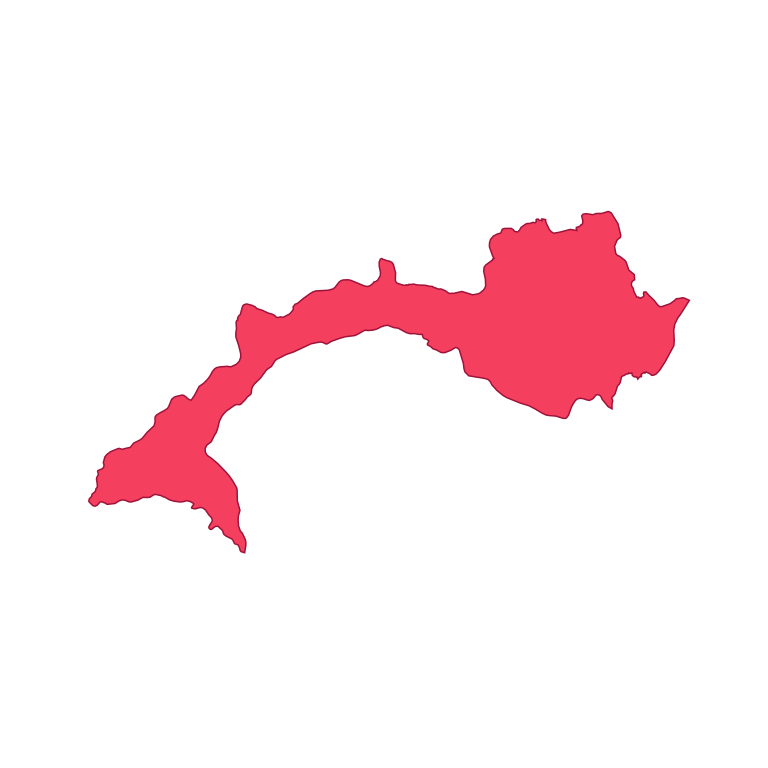 outline of Samakkhixay, Attapu, Laos, rotated 253°
{"feature_id": "54806243B43927962205569", "entity_name": "Samakkhixay", "entity_type": "district", "adm_level": 2, "iso_a3": "LAO", "parent_name": "Laos", "parent_adm1": "Attapu", "projection": "albers", "projection_center": [106.794, 14.975], "detail": "fine", "context": "isolated", "style": "filled", "palette": "rose", "viewbox_px": 768, "rotation_deg": 253, "n_neighbors": 0, "source": "geoboundaries", "source_scale": "gbopen_adm2", "svg_char_len": 6139}
<svg xmlns="http://www.w3.org/2000/svg" viewBox="0 0 768 768"><g transform="rotate(253 384 384)"><path d="M263.4,201.4L270.1,204.7L272.9,205.6L275.6,205.9L282.6,204.9L285.5,203.6L290.7,203.4L296.2,204.6L300.1,206.0L305.3,209.3L315.2,209.6L325.8,212.6L328.1,212.7L335.6,211.0L341.2,209.2L346.2,207.0L356.7,201.6L363.8,197.0L367.1,194.3L369.3,193.5L371.6,193.3L374.6,194.1L377.5,196.9L379.0,201.3L379.5,202.1L384.8,207.1L386.3,209.0L389.0,211.2L396.5,215.7L400.4,219.3L402.7,222.6L404.2,225.3L407.4,235.0L407.4,237.1L406.4,240.0L406.7,241.5L409.6,246.8L411.6,249.6L413.0,253.3L414.3,254.5L417.6,255.8L419.7,257.3L421.8,259.9L425.9,267.8L431.3,275.0L432.3,276.9L433.7,281.5L438.1,286.6L439.0,288.7L440.8,299.1L441.1,307.1L443.8,326.1L442.9,334.8L442.0,337.2L439.2,340.3L439.0,341.3L440.2,346.2L440.6,354.9L440.5,360.8L438.9,370.0L439.2,373.2L440.8,379.9L440.9,381.9L439.8,384.4L438.7,389.6L438.7,393.7L439.5,397.8L439.6,401.5L439.1,404.7L435.1,409.8L433.3,413.8L426.6,420.4L424.5,423.6L423.0,428.6L421.3,431.7L420.2,435.1L417.1,435.0L415.7,435.7L414.1,438.1L412.0,439.5L409.6,437.1L408.6,437.1L406.2,439.5L403.3,441.2L401.3,444.0L397.3,448.0L396.2,451.3L396.7,457.8L398.0,463.0L397.2,464.4L395.9,465.5L394.4,466.0L380.5,465.9L374.7,464.9L371.7,465.0L367.0,467.5L360.5,480.8L358.3,484.4L356.7,485.6L354.7,486.4L351.7,486.9L345.0,490.0L338.1,494.6L335.0,497.5L325.8,508.9L320.9,516.2L316.0,521.2L310.4,526.2L307.1,529.7L305.5,532.8L303.0,539.1L298.7,545.4L298.0,547.6L298.3,548.8L300.3,551.4L307.5,556.8L310.6,560.1L312.5,562.6L313.2,565.0L313.1,567.1L311.7,570.3L309.3,573.6L308.2,575.8L308.9,579.6L311.5,583.7L311.4,585.0L310.5,586.6L309.0,587.7L305.4,588.2L296.8,591.7L293.6,594.8L298.3,596.2L301.0,597.8L304.3,597.7L306.4,601.3L307.5,602.4L313.9,606.8L315.1,609.0L316.5,610.4L321.3,613.2L322.0,614.4L321.9,616.2L322.7,618.5L322.3,620.4L323.1,621.3L322.1,622.2L322.1,624.2L319.6,624.0L317.8,625.2L316.6,628.0L314.5,628.1L315.9,630.2L315.8,632.3L316.5,632.7L317.1,632.3L318.0,632.7L319.1,636.2L318.1,636.7L318.8,637.9L318.5,638.6L315.9,641.4L314.0,642.6L313.6,644.3L313.9,646.9L316.6,651.7L322.9,659.2L335.9,672.4L340.9,674.3L351.1,676.9L356.5,679.8L361.4,684.4L363.7,687.6L374.7,700.5L378.2,696.6L379.2,694.7L379.5,691.1L380.0,689.3L379.9,688.0L378.8,686.0L377.1,680.9L376.8,672.1L377.1,670.9L378.4,669.4L386.0,666.3L391.2,663.3L395.5,661.4L395.9,659.3L395.0,658.7L392.7,658.4L392.0,657.9L391.4,656.8L391.3,655.0L390.9,654.7L391.7,653.4L392.7,652.7L393.4,651.0L400.1,650.0L402.5,650.4L405.0,649.5L407.6,649.8L409.7,651.6L410.4,654.2L415.4,655.3L421.5,651.4L429.8,651.2L431.8,650.5L437.1,646.8L438.8,644.8L441.0,643.8L448.2,644.7L453.2,648.7L454.1,650.1L455.0,652.9L456.9,653.9L468.8,654.6L481.0,651.4L482.8,649.8L483.5,648.7L483.4,642.3L485.0,636.9L484.8,633.4L487.8,627.1L488.2,624.0L487.0,622.2L482.3,621.9L479.8,621.1L478.6,619.8L478.5,618.5L477.5,617.3L477.5,613.8L476.6,613.3L474.4,613.3L477.4,607.2L477.8,596.7L478.6,590.3L480.9,588.4L483.2,587.3L490.3,586.2L492.5,586.2L494.0,586.6L495.7,583.3L494.0,582.9L494.9,581.6L495.0,580.2L496.5,579.8L497.0,578.2L496.7,577.5L494.9,577.2L494.1,575.8L494.4,574.5L495.0,573.9L494.9,570.6L495.6,567.9L495.5,566.2L493.7,560.9L491.6,558.7L490.3,556.4L491.7,553.5L493.9,552.7L495.7,551.0L497.6,544.4L497.4,542.3L494.7,540.2L494.1,539.4L494.4,536.9L493.5,531.8L491.1,528.1L488.2,526.2L484.4,524.9L475.0,525.3L471.9,525.9L472.0,524.9L471.4,524.2L470.6,524.0L470.5,522.9L467.9,515.8L466.4,513.9L462.7,512.3L454.7,511.6L448.1,509.9L446.2,508.4L444.7,506.5L442.9,502.1L442.7,500.1L443.4,494.8L449.7,485.6L450.3,477.4L451.7,472.6L455.5,469.7L458.3,466.1L458.6,465.1L458.4,464.5L462.4,459.2L463.3,458.7L463.9,456.6L466.5,452.0L468.8,445.2L470.9,441.5L471.3,438.9L471.9,437.2L472.0,436.4L471.4,435.6L472.4,434.3L472.1,433.0L473.2,430.9L476.3,426.3L477.9,425.3L479.9,425.2L487.0,427.6L495.7,427.9L497.8,427.2L499.9,425.2L500.5,423.7L503.8,419.2L504.6,418.7L504.5,417.0L502.1,415.1L498.2,413.9L491.4,413.2L488.4,411.9L485.2,408.4L484.4,406.1L484.5,404.1L483.3,402.7L482.0,399.1L482.1,396.5L483.6,393.8L493.0,382.4L494.2,380.0L495.4,375.5L495.4,373.1L494.5,370.7L490.6,365.2L489.8,362.7L490.0,358.0L492.9,346.1L492.9,343.3L492.2,340.3L489.3,331.6L486.5,325.2L486.2,322.1L484.3,319.6L482.3,319.2L481.3,318.5L478.6,314.3L477.4,307.9L477.4,306.8L478.4,304.8L478.7,301.4L479.9,300.2L481.5,299.5L483.6,297.3L485.8,293.9L490.6,288.5L493.2,284.5L495.5,283.3L497.8,280.8L500.4,276.6L500.8,275.6L500.7,273.1L500.2,272.1L498.9,270.9L492.5,266.9L491.6,265.0L490.2,263.5L488.8,262.9L488.0,263.0L487.7,261.8L486.6,260.7L480.1,259.1L475.8,257.1L472.1,256.1L463.1,256.3L454.9,255.8L451.6,254.9L448.0,252.2L446.0,248.5L445.2,242.5L446.8,239.1L448.4,231.7L448.6,228.5L447.9,226.3L446.2,223.7L442.3,219.7L439.9,216.4L437.3,211.5L435.8,206.6L428.8,199.7L425.0,195.0L425.1,194.4L426.7,192.5L430.5,190.2L432.0,188.7L432.5,187.3L432.9,180.9L432.6,179.1L431.4,176.4L425.5,171.6L423.9,169.8L422.7,165.5L422.1,162.0L420.8,157.4L420.0,156.2L419.1,155.3L414.7,154.0L411.3,151.9L407.2,143.6L402.7,136.8L401.8,134.2L400.7,127.3L397.6,122.9L398.1,116.3L397.9,114.9L399.9,111.8L400.0,110.8L399.2,102.5L397.5,98.1L395.8,95.7L390.9,92.6L388.4,92.6L386.4,91.6L385.3,89.8L384.9,85.2L384.4,84.6L382.0,84.5L380.4,84.0L379.0,82.3L377.4,81.3L372.0,80.5L369.2,79.7L368.0,77.9L365.7,76.6L364.0,72.6L362.0,71.5L360.5,68.8L358.5,67.5L357.5,67.5L352.8,70.0L351.7,71.9L351.8,74.1L354.1,77.9L354.1,79.2L351.5,82.7L350.0,83.9L349.7,84.7L348.4,91.8L349.7,96.7L349.7,99.9L348.5,102.4L345.8,105.8L345.1,107.6L344.9,114.6L346.1,120.3L344.6,124.6L344.2,127.4L345.3,131.0L345.3,133.1L342.3,138.4L340.6,139.9L339.9,141.3L336.1,144.8L333.7,148.3L331.0,153.9L330.2,157.2L330.0,161.5L328.3,164.3L325.6,166.8L324.8,167.0L322.2,163.9L321.4,163.9L319.8,166.7L319.7,171.4L319.4,172.8L318.5,174.4L315.7,176.5L310.1,178.2L306.4,180.0L303.8,180.0L302.4,179.0L300.4,176.4L298.6,174.8L297.7,174.5L296.6,174.8L295.8,175.4L295.4,176.5L297.1,180.9L296.9,182.7L296.2,183.8L291.2,186.7L287.4,186.8L286.6,187.2L284.4,188.8L280.5,193.0L279.1,193.8L275.0,194.4L272.8,197.4L270.1,197.9L266.8,197.8L265.5,198.3L263.4,201.4Z" fill="#f43f5e" stroke="#9f1239" stroke-width="1.5"/></g></svg>